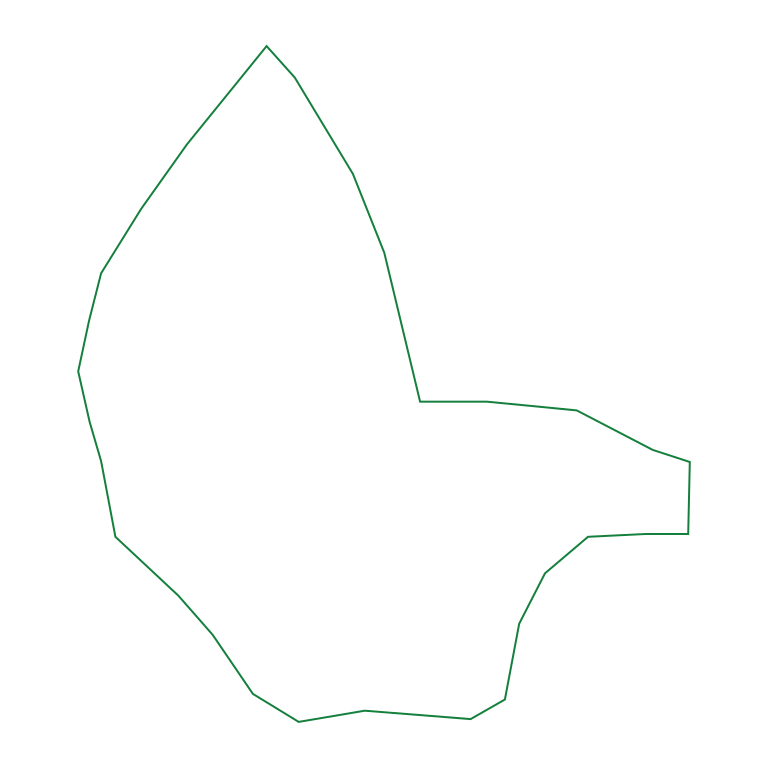 Haeundae-gu, Busan, South Korea (Robinson projection)
{"feature_id": "91817680B8006777837161", "entity_name": "Haeundae-gu", "entity_type": "district", "adm_level": 2, "iso_a3": "KOR", "parent_name": "South Korea", "parent_adm1": "Busan", "projection": "robinson", "projection_center": [129.155, 35.197], "detail": "fine", "context": "isolated", "style": "outline", "palette": "green", "viewbox_px": 768, "rotation_deg": 0, "n_neighbors": 0, "source": "geoboundaries", "source_scale": "gbopen_adm2", "svg_char_len": 516}
<svg xmlns="http://www.w3.org/2000/svg" viewBox="0 0 768 768"><path d="M266.6,46.1L187.0,144.3L141.2,208.8L101.1,273.3L89.7,318.1L88.8,321.9L78.2,371.4L89.6,421.8L101.1,461.1L113.0,524.0L115.4,536.8L178.4,595.7L206.7,628.0L212.8,635.0L252.9,693.9L298.7,721.9L364.6,710.7L470.6,719.1L504.9,699.5L519.2,623.7L545.0,573.3L588.0,536.8L645.2,534.0L688.2,534.0L689.8,462.0L652.7,449.9L576.7,410.4L487.2,401.7L420.1,401.7L384.3,252.8L352.9,173.9L294.8,77.6L266.6,46.1Z" fill="none" stroke="#15803d" stroke-width="2"/></svg>